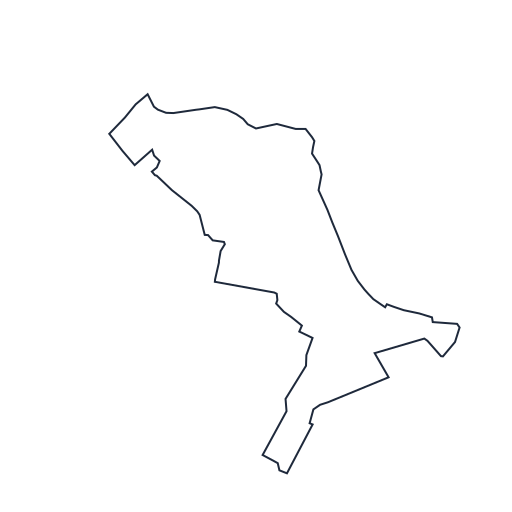 Rupea, Brasov, Romania (Albers equal-area conic projection), rotated 322°
{"feature_id": "2599482B2860524053107", "entity_name": "Rupea", "entity_type": "district", "adm_level": 2, "iso_a3": "ROU", "parent_name": "Romania", "parent_adm1": "Brasov", "projection": "albers", "projection_center": [25.275, 46.017], "detail": "fine", "context": "isolated", "style": "outline", "palette": "slate", "viewbox_px": 512, "rotation_deg": 322, "n_neighbors": 0, "source": "geoboundaries", "source_scale": "gbopen_adm2", "svg_char_len": 1381}
<svg xmlns="http://www.w3.org/2000/svg" viewBox="0 0 512 512"><g transform="rotate(322 256 256)"><path d="M357.9,232.1L359.3,229.0L362.0,223.5L362.4,219.3L363.2,209.8L367.9,205.4L372.8,201.3L373.3,197.0L373.3,186.4L365.5,180.3L353.7,164.8L346.5,161.3L334.5,155.5L330.6,147.1L330.3,140.1L327.8,132.2L323.4,123.2L315.2,113.3L301.5,105.5L298.9,103.9L278.9,92.5L273.3,87.8L268.8,80.3L267.5,75.5L270.2,61.8L254.6,62.4L237.9,66.2L215.6,69.4L215.5,91.0L216.3,109.7L239.6,108.3L237.5,114.1L238.6,121.8L232.4,125.2L225.9,125.4L226.1,130.1L227.2,131.6L230.3,152.5L236.2,176.9L237.2,184.6L236.9,188.9L228.6,207.8L231.1,210.0L231.5,217.0L239.4,225.2L238.7,227.5L231.2,230.3L224.0,236.8L222.7,238.4L209.3,249.3L207.7,251.0L247.9,296.0L249.1,298.5L245.7,303.9L242.6,305.9L243.6,317.2L246.2,325.7L248.7,336.4L249.3,339.1L243.6,342.2L250.1,355.4L234.7,365.1L227.8,373.3L191.3,386.8L184.5,397.1L138.7,416.9L145.6,432.6L142.5,439.3L146.6,446.3L196.9,423.6L195.3,420.8L206.8,412.2L214.9,412.7L222.5,415.5L285.8,433.2L289.7,405.6L337.8,424.7L338.9,428.4L340.1,448.8L341.5,450.2L359.9,446.3L372.4,437.7L372.7,433.3L354.6,416.9L356.9,412.7L349.3,401.8L339.1,389.7L333.3,380.9L329.4,374.6L326.2,375.9L324.5,370.6L321.9,362.2L321.2,355.2L320.8,349.1L320.9,338.2L322.7,325.7L327.2,309.4L332.8,290.9L336.8,276.5L340.7,263.6L345.8,242.7L357.9,232.1Z" fill="none" stroke="#1e293b" stroke-width="2"/></g></svg>